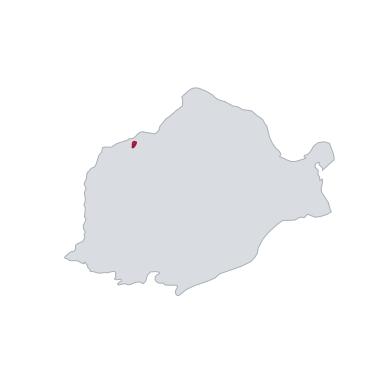 Stramtura, Maramures, Romania shown in context, rotated 330°
{"feature_id": "2599482B10134802893946", "entity_name": "Stramtura", "entity_type": "district", "adm_level": 2, "iso_a3": "ROU", "parent_name": "Romania", "parent_adm1": "Maramures", "projection": "equal_earth", "projection_center": [24.134, 47.755], "detail": "fine", "context": "in_parent", "style": "filled", "palette": "rose", "viewbox_px": 384, "rotation_deg": 330, "n_neighbors": 0, "source": "geoboundaries", "source_scale": "gbopen_adm2", "svg_char_len": 4600}
<svg xmlns="http://www.w3.org/2000/svg" viewBox="0 0 384 384"><g transform="rotate(330 192 192)"><path d="M289.8,211.1L293.1,215.2L297.2,217.4L306.7,219.6L307.5,219.4L307.6,218.9L306.9,218.4L306.8,217.6L307.2,216.7L308.5,216.6L310.7,217.4L314.7,216.2L320.5,213.0L326.0,212.3L331.0,214.3L333.6,216.5L335.3,218.6L334.9,221.3L334.6,222.9L333.5,229.7L332.7,232.2L331.3,235.1L315.9,238.4L316.9,236.8L316.4,234.0L315.7,231.8L317.1,229.9L313.6,229.1L312.1,230.2L311.0,232.1L312.1,236.4L310.5,238.7L309.9,240.1L309.9,243.2L308.9,244.6L308.7,246.1L311.2,245.7L310.2,248.4L305.6,253.6L304.1,256.8L304.8,269.2L302.9,276.6L302.8,278.8L297.8,278.9L296.3,278.7L291.6,277.6L286.3,275.6L283.1,271.8L281.0,269.0L276.6,270.3L275.7,269.9L274.5,268.6L271.1,267.7L267.0,267.7L257.5,262.7L256.5,261.9L249.2,262.7L238.3,265.2L229.9,268.2L221.3,273.7L217.8,277.8L213.8,280.0L208.0,281.7L197.6,281.0L186.8,279.0L175.2,276.7L169.0,278.0L160.5,277.0L147.7,274.4L138.2,273.6L128.9,275.1L127.3,273.9L127.0,272.6L127.3,270.6L128.7,269.0L130.9,267.8L132.1,266.6L132.3,265.4L129.7,263.5L124.6,260.8L122.4,259.1L121.9,258.6L121.8,257.1L120.7,255.9L118.7,255.1L117.1,253.5L116.1,251.2L116.3,249.1L117.9,247.0L119.9,246.2L122.4,246.4L123.4,245.9L123.0,244.5L120.6,242.7L116.2,240.5L111.8,241.7L107.1,246.2L103.8,247.0L101.9,243.9L98.3,242.1L93.1,241.5L90.0,240.3L88.8,238.5L86.6,237.2L81.6,235.7L81.6,234.3L82.4,234.0L84.2,233.9L86.5,233.6L86.9,232.8L87.0,232.1L85.1,231.2L83.2,230.5L82.3,229.9L81.6,229.2L81.5,228.5L82.1,228.0L82.8,228.0L83.6,227.6L84.0,225.9L85.1,224.5L85.8,224.0L85.8,223.0L85.0,222.1L84.0,221.3L82.5,220.8L77.8,219.4L75.5,217.4L74.0,217.3L71.7,216.2L69.3,214.5L67.2,212.0L64.9,210.5L64.3,209.8L64.2,209.2L64.7,208.5L64.7,207.8L64.1,205.4L64.6,202.8L64.5,200.5L64.5,199.4L64.1,199.1L63.6,199.4L63.1,199.9L62.5,200.0L60.8,198.2L58.7,194.7L57.3,193.5L54.5,191.9L52.1,190.6L50.4,187.6L48.7,185.4L49.9,184.4L56.8,183.1L59.9,184.4L61.4,183.9L62.8,182.9L63.6,182.0L63.7,181.1L64.4,180.0L66.7,179.5L72.8,180.2L75.3,178.6L76.3,177.8L76.9,175.9L77.5,174.4L79.7,173.6L79.7,172.2L79.4,170.7L80.7,167.3L81.5,166.0L82.8,165.5L84.3,164.4L86.9,162.2L86.3,160.3L86.9,158.9L89.6,155.5L91.7,152.2L91.7,150.5L92.0,149.1L93.9,147.5L95.8,145.5L98.4,139.0L99.3,138.0L101.0,136.7L102.2,135.5L102.4,131.3L103.6,130.1L105.8,128.8L108.0,126.6L109.8,124.0L111.2,122.8L113.0,122.5L115.0,121.5L117.2,121.1L119.3,121.6L120.7,121.3L122.7,120.1L128.0,115.3L128.7,114.4L129.8,113.7L134.0,112.1L135.1,110.5L136.6,109.0L138.4,109.2L144.5,112.8L151.1,112.5L152.3,112.7L152.7,112.7L153.5,113.0L162.2,114.8L163.6,114.6L163.9,114.5L167.4,116.0L170.5,115.8L173.5,114.7L176.6,114.4L179.4,115.0L181.5,117.1L187.1,121.5L188.8,123.2L191.3,122.9L194.1,122.1L197.0,119.1L205.7,115.8L212.4,115.0L218.9,113.6L226.5,112.7L228.6,109.9L229.8,108.1L230.6,104.6L234.7,103.6L238.5,102.9L239.9,102.5L242.7,102.3L244.9,102.6L248.3,104.3L250.7,106.5L251.7,108.2L253.8,110.6L255.9,113.9L258.4,118.4L258.9,120.7L259.9,123.2L261.7,126.2L265.1,129.5L265.6,130.1L267.1,132.5L270.2,137.7L272.7,139.7L274.9,142.0L276.0,144.3L277.5,146.4L281.2,149.1L284.2,151.6L286.7,158.8L288.4,162.1L289.5,164.7L289.2,169.8L289.9,172.0L288.6,176.1L286.4,184.2L285.9,190.7L286.4,194.2L286.5,196.4L287.2,197.9L287.9,200.8L288.0,203.4L287.2,204.2L286.0,204.8L285.5,205.3L286.7,206.5L288.2,208.6L289.8,211.1Z" fill="#d9dde1" stroke="#a8b0b8" stroke-width="1"/><path d="M163.4,124.1L163.5,124.1L163.8,124.0L163.9,123.9L164.0,123.9L164.3,123.8L164.3,123.7L164.5,123.6L164.8,123.6L165.0,123.4L165.2,123.5L165.3,123.5L165.3,123.4L165.2,123.4L165.3,123.4L165.5,123.3L165.5,123.2L165.8,123.1L166.0,122.9L166.3,122.8L166.3,122.7L166.5,122.8L166.6,122.7L166.8,122.7L167.0,122.6L167.1,122.4L167.3,122.3L167.2,122.2L167.1,121.9L167.1,121.7L167.3,121.6L167.4,121.4L167.5,121.4L167.8,121.3L167.9,121.2L168.0,121.3L168.3,121.4L168.5,121.3L168.5,121.2L168.4,120.9L168.5,120.9L168.5,120.7L168.4,120.6L168.2,120.5L168.1,120.4L167.9,120.4L167.7,120.3L167.5,120.2L167.4,119.9L167.3,119.7L167.2,119.6L167.1,119.4L166.9,119.4L166.7,119.4L166.4,119.4L166.2,119.4L165.9,119.5L165.7,119.5L165.4,119.8L165.2,119.8L165.1,120.0L164.9,120.2L164.9,120.3L165.0,120.5L165.0,120.8L164.9,120.9L164.7,120.9L164.7,121.0L164.6,120.9L164.5,121.0L164.4,121.0L164.3,121.3L164.2,121.3L164.2,121.5L164.1,121.8L164.0,122.0L163.9,122.0L163.9,122.3L163.9,122.5L163.7,122.7L163.7,122.8L163.6,123.0L163.4,123.1L163.2,123.2L163.3,123.2L163.2,123.2L163.3,123.3L163.2,123.3L163.3,123.3L163.2,123.4L163.2,123.5L162.9,123.5L163.0,123.7L163.0,123.8L163.0,124.0L163.3,124.1L163.4,124.1Z" fill="#f43f5e" stroke="#9f1239" stroke-width="1.5"/></g></svg>